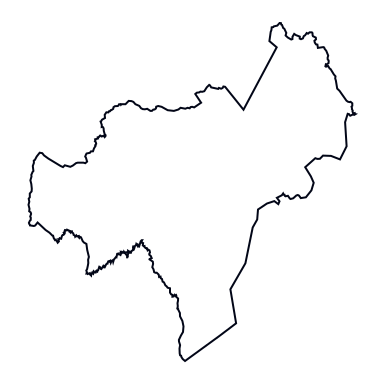 Bodi, Western, Ghana
{"feature_id": "2480657B1960270363323", "entity_name": "Bodi", "entity_type": "district", "adm_level": 2, "iso_a3": "GHA", "parent_name": "Ghana", "parent_adm1": "Western", "projection": "equal_earth", "projection_center": [-2.872, 6.24], "detail": "fine", "context": "isolated", "style": "outline", "palette": "ink", "viewbox_px": 384, "rotation_deg": 0, "n_neighbors": 0, "source": "geoboundaries", "source_scale": "gbopen_adm2", "svg_char_len": 5887}
<svg xmlns="http://www.w3.org/2000/svg" viewBox="0 0 384 384"><path d="M95.7,272.5L96.1,271.2L97.1,271.6L97.1,270.4L98.1,270.4L99.3,266.7L99.8,266.9L100.8,268.9L101.3,269.1L103.5,265.6L103.8,265.7L104.2,267.4L104.7,267.4L105.9,264.8L106.7,263.7L107.5,263.7L108.2,261.4L109.3,261.0L109.7,261.6L110.4,260.9L110.8,262.6L111.4,261.2L112.8,260.2L113.2,261.9L113.9,259.6L116.1,256.8L116.5,257.1L117.2,253.8L118.5,253.5L118.2,254.4L119.2,254.2L120.5,255.0L121.1,253.5L120.9,252.1L121.9,252.7L122.1,251.9L123.8,252.8L124.0,251.8L124.7,252.8L125.1,252.4L125.6,252.8L126.0,254.4L127.1,255.7L127.1,257.3L127.4,257.3L127.9,256.1L127.5,254.8L127.9,254.6L128.3,253.2L127.3,252.1L128.2,251.9L128.1,250.8L129.3,251.5L129.1,252.7L130.9,252.8L131.4,251.1L133.1,250.1L132.8,249.8L133.3,248.4L133.0,247.8L133.2,246.4L133.7,246.4L133.7,247.5L134.3,248.2L134.9,246.1L136.1,244.9L136.3,244.1L136.8,244.8L137.6,244.3L137.9,244.9L137.2,245.2L138.0,246.5L138.7,245.7L139.2,246.2L140.7,241.3L141.7,240.2L142.1,240.2L141.6,241.0L142.1,242.9L143.1,243.1L142.8,245.4L143.7,246.2L144.5,246.0L144.7,247.2L145.5,248.0L146.2,248.0L146.6,248.7L147.1,248.5L147.6,250.2L148.2,249.6L149.5,250.4L150.0,252.4L149.3,253.7L149.3,254.7L150.8,256.0L151.7,258.1L149.6,259.0L149.5,259.4L152.8,261.6L153.1,263.9L152.3,267.2L153.5,269.3L154.2,272.2L155.5,272.8L156.7,272.7L158.7,274.6L159.1,277.0L160.5,276.6L160.8,278.3L162.0,279.0L162.6,281.6L164.0,282.4L165.4,285.4L166.6,286.3L167.6,287.7L170.0,288.3L170.0,292.6L171.2,294.4L172.4,294.8L172.4,296.7L173.5,296.5L173.7,295.5L174.5,295.6L174.8,295.0L175.3,295.7L176.1,295.1L176.3,295.6L175.9,296.5L178.1,298.5L178.0,300.8L177.5,303.2L177.8,306.2L177.4,308.2L177.8,308.4L177.5,308.8L178.1,309.4L179.9,313.0L180.0,316.3L182.4,321.0L183.5,326.4L183.0,332.0L180.9,335.6L178.9,339.9L179.0,341.6L180.1,345.1L179.5,348.5L179.7,353.5L180.1,355.3L181.1,355.7L181.5,357.2L182.7,359.0L185.0,361.0L219.2,336.1L236.1,323.3L230.4,289.3L245.4,263.3L252.7,227.5L257.2,219.5L258.0,209.5L267.0,203.5L274.3,201.1L278.3,204.1L279.5,201.3L276.9,197.8L281.8,195.3L283.1,193.5L283.6,194.7L284.5,194.7L284.9,195.9L285.5,196.3L287.9,195.8L289.8,198.5L290.6,199.0L293.2,198.3L296.3,195.5L297.8,195.0L299.0,195.6L300.8,198.1L305.9,197.3L311.4,190.4L313.7,182.8L310.9,176.4L305.2,167.2L315.3,158.2L317.3,158.9L319.9,158.8L323.0,155.6L331.0,155.9L340.0,159.4L346.6,146.3L345.1,122.2L347.5,114.4L347.7,113.8L349.1,114.2L349.7,115.4L350.3,115.7L352.8,114.5L354.2,114.9L355.5,114.1L354.4,113.8L354.5,113.1L353.2,113.4L352.5,111.5L352.7,110.6L351.9,109.1L352.0,108.1L351.5,106.7L352.3,105.8L352.3,103.3L350.6,101.8L349.5,102.1L347.9,101.7L346.4,100.6L339.5,90.8L337.2,88.6L335.9,80.7L335.2,78.4L335.5,76.3L333.9,74.5L330.6,69.1L329.7,68.6L328.1,66.0L326.0,66.7L325.4,66.3L325.8,64.5L326.4,64.9L326.8,64.2L328.5,63.2L328.7,61.5L328.6,60.4L327.7,59.4L327.6,57.7L328.2,55.6L326.3,50.9L324.5,48.6L324.2,47.5L323.3,47.1L317.9,47.9L317.4,44.6L316.0,44.4L314.8,42.6L314.4,40.8L316.0,39.3L315.8,37.6L313.0,36.2L312.6,35.2L312.5,33.1L311.8,32.3L309.6,32.3L308.0,33.7L306.7,33.0L305.1,35.3L303.8,36.1L302.9,38.4L301.0,39.2L299.7,38.6L299.8,36.6L295.9,35.1L294.2,33.9L292.5,36.8L292.4,39.1L291.2,39.5L287.9,37.6L285.6,35.5L286.3,32.9L284.3,28.7L283.2,28.0L282.0,24.9L281.2,24.5L280.9,23.1L279.6,23.0L277.3,25.6L273.8,26.4L273.3,27.1L271.7,27.3L271.4,30.1L270.7,31.9L269.4,41.1L276.7,47.3L243.5,109.7L225.1,86.8L223.4,86.5L222.6,88.0L221.1,88.7L218.9,87.9L218.2,88.9L211.2,87.4L210.0,85.4L209.2,84.9L206.8,87.3L204.3,91.2L202.2,91.8L200.4,91.6L199.2,92.4L196.8,92.7L195.3,94.0L201.1,102.7L194.2,107.4L192.1,106.8L190.6,107.1L189.7,108.3L187.6,107.8L185.3,108.7L180.6,107.8L178.4,109.5L173.9,110.9L167.7,110.2L161.6,106.8L158.2,106.0L156.2,106.7L155.9,108.5L154.6,109.5L153.3,109.6L151.9,110.9L150.4,110.9L147.2,108.8L144.9,109.3L142.7,109.1L141.0,108.2L139.3,105.9L135.4,104.2L133.4,101.9L131.5,101.1L128.7,100.9L125.5,104.2L121.4,104.2L120.9,104.8L120.5,104.1L118.9,104.4L118.6,105.4L117.8,106.0L114.9,106.2L113.5,107.2L113.2,108.9L111.4,110.1L110.8,110.1L110.0,111.2L109.1,111.2L108.4,112.4L106.4,112.3L104.7,114.8L105.0,118.0L102.0,119.7L101.2,121.2L100.6,121.5L101.8,124.9L101.7,127.0L102.4,126.8L103.1,127.3L103.6,128.4L103.8,131.0L104.7,134.2L105.6,135.2L105.4,136.3L104.8,136.9L104.3,135.2L103.7,136.3L102.7,136.0L101.8,136.5L100.4,135.5L99.8,135.7L99.3,136.8L97.7,137.3L98.0,138.5L95.1,139.3L95.4,140.3L94.9,141.2L95.8,142.2L96.2,143.8L95.2,145.2L95.6,145.8L94.0,148.4L93.0,151.3L90.9,151.4L89.9,152.8L86.6,153.5L86.0,154.5L85.2,156.6L85.9,157.6L87.1,161.6L85.3,163.2L83.5,162.7L77.6,162.7L76.1,163.1L72.8,165.6L70.3,166.8L64.8,165.3L63.0,167.1L60.6,166.0L48.4,158.6L44.0,155.4L42.3,153.2L39.7,152.7L36.7,156.5L34.9,159.9L33.8,160.6L33.9,162.9L32.8,166.0L33.4,171.0L32.6,171.9L31.3,174.9L31.5,176.5L30.4,180.3L31.3,184.0L31.8,188.7L31.6,191.4L29.8,193.5L29.8,197.3L28.7,198.7L29.3,201.7L28.5,204.8L29.5,208.8L29.2,211.3L30.7,212.4L31.1,213.9L30.2,216.6L30.8,217.7L30.7,220.0L29.9,220.7L28.9,222.9L29.4,224.2L30.0,224.8L30.0,225.4L33.9,226.0L35.2,225.5L37.6,222.5L45.6,230.0L49.5,232.7L52.4,235.6L53.1,235.7L53.7,238.0L55.0,240.1L55.8,239.7L56.0,240.4L56.7,240.9L57.7,242.7L58.9,241.4L58.3,239.2L59.4,239.1L59.7,238.2L61.2,238.7L61.9,236.0L62.6,235.0L63.5,234.9L64.3,234.0L63.8,232.9L64.8,232.7L64.4,231.5L65.3,229.3L65.4,230.8L66.0,230.3L66.9,230.3L67.1,229.7L69.1,230.6L69.5,232.2L69.8,230.9L70.1,231.0L70.2,232.2L70.6,232.6L71.1,231.4L71.9,231.3L72.1,232.3L73.3,233.4L73.6,234.9L74.9,235.5L75.2,236.7L76.3,235.6L76.5,236.3L78.5,236.0L78.1,237.6L78.5,236.9L79.3,237.9L79.9,236.8L81.0,237.3L82.7,241.1L83.9,242.5L86.4,243.9L87.2,249.9L88.9,256.9L88.1,259.8L88.3,263.0L87.9,265.4L87.1,269.1L86.3,270.5L86.8,272.0L86.5,273.5L87.4,273.3L87.7,274.0L89.7,273.2L89.7,274.2L91.0,275.4L91.0,274.1L91.5,274.3L92.1,272.8L93.1,273.6L93.2,271.9L93.6,271.2L94.6,272.5L95.7,272.5Z" fill="none" stroke="#020617" stroke-width="2"/></svg>